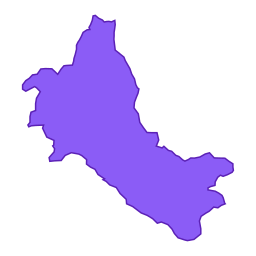 Tsada, Paphos, Cyprus (Robinson projection)
{"feature_id": "46923920B10097570546331", "entity_name": "Tsada", "entity_type": "district", "adm_level": 2, "iso_a3": "CYP", "parent_name": "Cyprus", "parent_adm1": "Paphos", "projection": "robinson", "projection_center": [32.485, 34.834], "detail": "fine", "context": "isolated", "style": "filled", "palette": "violet", "viewbox_px": 256, "rotation_deg": 0, "n_neighbors": 0, "source": "geoboundaries", "source_scale": "gbopen_adm2", "svg_char_len": 2034}
<svg xmlns="http://www.w3.org/2000/svg" viewBox="0 0 256 256"><path d="M32.5,74.9L29.3,78.3L25.8,80.6L22.6,84.9L22.6,89.2L25.8,91.2L34.6,86.6L36.5,87.7L40.3,91.7L36.5,98.2L35.6,103.6L35.6,110.5L31.0,112.2L30.0,116.6L30.0,122.4L27.9,125.0L28.8,126.8L31.3,125.8L35.8,125.4L43.6,125.1L42.6,128.2L46.8,137.1L54.0,140.4L53.7,145.1L52.7,145.9L54.6,148.7L54.1,151.9L49.1,157.6L49.8,161.3L54.7,160.8L61.2,160.5L65.2,155.4L71.3,152.7L78.9,154.1L81.8,155.6L86.6,159.6L86.5,164.1L90.5,167.1L95.0,169.3L98.0,174.5L104.5,178.8L103.0,179.7L106.2,181.4L109.7,184.9L116.3,187.5L118.0,190.2L120.1,193.5L126.2,199.3L126.6,203.8L130.7,205.6L132.8,206.6L141.1,212.9L147.3,215.4L152.7,218.7L157.3,223.2L161.3,222.0L167.9,224.6L172.1,229.2L174.4,233.5L178.1,237.8L184.6,239.9L187.4,240.6L194.0,239.4L200.8,233.9L200.8,228.8L199.4,221.0L201.1,216.3L205.9,213.1L209.1,211.3L211.0,209.6L213.7,207.1L217.9,207.8L221.2,205.4L225.2,203.8L224.7,203.2L223.2,197.8L222.0,195.4L218.9,193.2L215.2,191.2L208.0,189.9L208.0,187.9L210.5,186.6L215.0,185.4L215.2,181.9L217.7,177.3L220.4,175.2L223.1,176.3L227.4,174.7L232.1,172.3L233.4,170.4L232.9,167.0L232.9,163.8L228.8,161.2L224.9,158.2L219.4,158.1L214.2,157.9L209.5,152.8L205.2,154.0L199.9,157.0L194.5,158.1L190.7,158.0L188.5,159.5L184.9,161.1L182.7,159.9L178.9,156.5L175.7,155.3L171.7,151.3L168.4,150.4L163.9,146.3L162.1,147.9L156.3,146.1L158.7,140.0L157.0,132.7L151.9,132.7L147.0,132.5L143.5,127.8L139.8,122.4L138.3,113.8L134.0,107.9L134.5,102.2L136.5,96.9L138.0,93.3L138.9,88.9L137.4,87.8L135.8,84.6L134.5,78.9L131.7,74.1L129.9,68.7L125.3,60.7L123.9,57.1L115.2,50.1L113.9,39.3L114.1,35.9L114.1,32.3L114.6,29.3L115.2,24.7L114.8,20.4L111.5,21.9L108.9,21.4L106.9,21.5L104.2,22.0L102.4,20.0L98.6,18.2L95.3,15.4L93.1,15.9L92.3,20.3L90.6,24.6L89.0,27.4L89.9,29.5L87.1,29.8L83.1,32.4L81.3,36.5L79.4,40.1L78.0,42.1L76.5,45.2L76.5,49.3L75.2,54.6L74.0,58.4L73.6,61.4L72.4,65.1L66.1,65.5L63.9,65.8L61.1,69.1L57.7,74.3L51.9,68.8L45.3,68.6L40.8,69.0L37.2,74.2L32.5,74.9Z" fill="#8b5cf6" stroke="#5b21b6" stroke-width="1.5"/></svg>